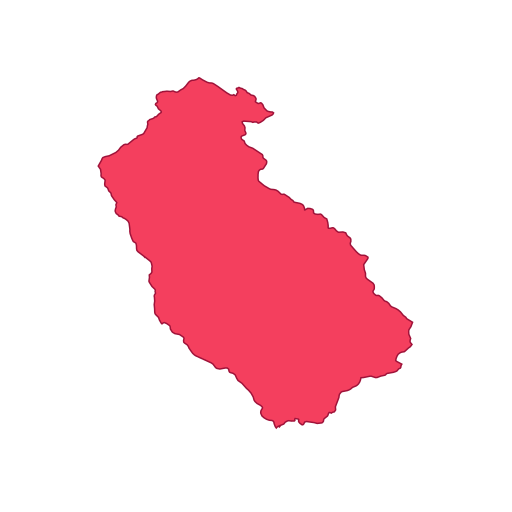 Guadalupe, Antioquia, Colombia (Natural Earth projection), rotated 123°
{"feature_id": "7082276B7072789807287", "entity_name": "Guadalupe", "entity_type": "district", "adm_level": 2, "iso_a3": "COL", "parent_name": "Colombia", "parent_adm1": "Antioquia", "projection": "natural_earth1", "projection_center": [-75.232, 6.863], "detail": "fine", "context": "isolated", "style": "filled", "palette": "rose", "viewbox_px": 512, "rotation_deg": 123, "n_neighbors": 0, "source": "geoboundaries", "source_scale": "gbopen_adm2", "svg_char_len": 6116}
<svg xmlns="http://www.w3.org/2000/svg" viewBox="0 0 512 512"><g transform="rotate(123 256 256)"><path d="M123.9,362.1L124.4,362.2L125.8,363.5L126.4,363.6L126.8,363.3L127.5,361.7L128.4,360.5L129.1,360.2L130.2,360.4L131.9,360.0L132.9,360.8L132.8,362.5L133.8,363.0L134.9,364.9L135.1,369.4L134.6,380.3L134.6,385.6L135.0,387.3L136.2,389.3L136.9,391.5L137.4,396.9L137.4,400.3L137.7,401.0L139.4,401.5L140.7,402.3L142.4,403.8L143.5,405.4L145.3,406.6L146.9,407.1L151.8,407.5L155.2,408.2L157.5,409.5L161.0,410.9L162.0,412.0L162.5,413.6L162.7,415.2L163.0,415.7L164.6,417.3L166.3,420.5L167.5,421.9L169.1,423.9L170.1,424.5L170.7,425.3L173.7,426.2L174.5,426.8L175.5,426.8L177.0,426.2L178.0,425.4L179.8,422.8L180.3,422.5L181.5,422.5L182.6,423.1L183.7,422.9L184.1,422.1L184.2,420.5L185.7,418.0L186.1,414.8L186.7,413.9L187.3,413.7L190.0,414.8L193.3,415.4L194.7,416.7L195.9,416.8L196.8,417.3L199.6,419.5L200.7,419.6L201.7,420.1L202.7,420.0L204.4,418.5L206.3,417.9L207.6,417.2L214.4,416.9L215.7,417.4L219.9,420.6L220.6,420.7L221.3,420.2L222.1,420.2L223.6,421.4L224.8,422.0L232.0,424.3L232.5,424.7L233.5,426.5L234.6,427.4L238.5,428.7L242.1,428.9L245.5,429.9L251.9,433.7L254.7,436.5L256.8,438.0L258.0,438.1L259.9,437.7L266.5,437.3L268.0,433.6L271.2,430.8L273.1,429.7L273.8,428.8L273.9,428.4L273.9,425.7L274.6,423.8L278.1,422.1L279.5,420.8L279.7,417.8L280.2,416.8L281.6,415.0L282.1,412.4L282.5,411.6L283.9,410.3L284.3,409.6L286.0,405.5L286.7,402.7L287.1,401.8L289.3,401.4L291.0,399.9L292.9,399.5L294.5,398.9L295.4,398.2L296.5,396.4L296.7,393.8L297.2,392.5L296.2,390.2L296.4,388.2L296.1,386.8L296.1,384.8L296.5,382.2L297.7,380.2L302.3,376.3L304.1,375.2L305.8,373.7L308.7,370.0L310.4,367.4L310.7,366.6L310.6,364.2L310.8,363.5L312.4,361.9L315.0,360.1L316.2,358.9L316.7,357.2L317.2,350.2L317.6,348.7L317.3,348.7L317.8,343.2L318.1,341.2L318.6,340.2L321.1,337.6L323.4,336.5L326.1,334.6L327.7,334.5L330.0,335.2L332.0,333.7L335.4,332.1L336.1,331.2L338.2,326.6L338.9,322.9L339.4,321.9L340.7,321.3L341.9,320.0L344.2,319.9L345.1,319.5L346.2,318.5L349.0,316.4L352.2,314.9L355.6,312.2L358.2,310.4L359.3,309.3L359.7,308.5L360.6,304.3L362.3,302.1L363.9,299.0L364.1,297.9L362.5,297.3L361.7,296.5L361.3,294.1L361.4,290.5L362.0,289.5L363.8,288.1L364.7,286.3L365.4,284.6L365.3,281.8L363.5,277.4L363.6,272.5L364.3,271.5L366.4,270.7L367.6,269.7L367.9,268.6L368.0,265.1L368.8,263.3L369.7,262.1L371.1,258.7L372.1,256.1L372.5,253.7L372.5,252.1L370.0,235.3L370.1,233.1L371.6,229.1L371.6,227.6L370.5,224.8L366.4,220.5L365.6,219.0L365.8,217.3L367.2,216.0L367.8,214.9L367.7,213.9L366.9,211.4L367.0,208.9L367.6,207.8L369.0,205.7L370.2,203.3L370.4,198.4L372.2,191.9L372.6,189.2L373.7,185.4L375.7,181.6L377.9,179.1L378.6,177.6L379.1,174.8L378.8,170.8L379.1,168.8L379.6,168.0L380.2,167.7L382.8,167.6L384.4,167.0L385.4,166.2L386.9,163.9L387.3,161.2L387.2,158.3L386.5,155.4L385.2,152.9L385.1,151.7L385.6,150.5L386.7,149.5L388.6,146.9L389.2,145.3L388.2,145.2L386.9,144.7L386.5,143.9L386.6,143.3L385.7,143.2L385.7,143.9L381.8,141.2L379.5,141.0L377.2,139.8L376.3,138.9L375.1,136.4L373.5,134.0L372.8,133.8L371.9,134.6L371.0,134.7L369.8,131.9L369.8,131.2L371.4,130.3L372.0,129.4L372.4,127.8L372.5,125.4L372.0,124.8L371.3,124.5L368.7,124.7L367.3,123.5L364.0,116.4L363.1,113.5L360.1,109.9L359.5,109.6L358.2,109.4L357.7,109.5L356.3,110.2L355.2,110.2L351.3,108.9L350.2,109.0L348.9,109.4L347.4,109.4L347.1,109.0L346.7,107.2L345.5,106.8L344.0,105.4L341.7,105.4L339.2,107.3L329.6,109.4L327.5,110.4L326.3,110.7L325.0,110.6L323.6,110.4L322.7,109.8L319.1,106.1L317.4,104.9L316.0,104.2L313.6,103.5L310.4,101.3L309.2,100.8L307.5,100.4L305.3,100.4L303.3,100.8L300.9,101.7L299.6,99.9L294.7,94.9L294.0,93.8L292.9,89.6L292.0,88.3L288.8,86.0L285.8,83.0L285.3,82.7L283.6,82.4L283.0,82.0L278.7,77.4L276.8,75.9L275.6,75.2L273.0,74.9L271.4,73.9L270.7,73.9L268.8,74.7L267.3,74.8L267.8,80.6L267.6,81.9L265.6,82.7L263.2,83.2L261.0,83.3L259.0,82.6L257.4,81.6L255.5,79.5L254.3,79.1L250.0,78.0L248.1,77.2L245.5,77.0L245.2,77.0L244.5,79.4L243.9,80.2L242.4,81.0L241.0,81.3L238.4,85.2L235.9,87.0L234.5,87.6L230.9,87.6L226.3,88.6L226.5,95.0L226.4,95.8L225.8,96.9L225.6,100.1L224.2,104.4L223.8,107.4L223.9,110.0L224.7,114.3L224.6,116.0L223.4,118.9L223.1,121.6L223.5,122.7L223.6,124.2L222.5,127.7L222.2,130.8L222.3,131.7L223.6,133.7L223.7,134.3L223.3,136.7L222.9,137.7L221.9,138.7L219.2,138.9L217.5,139.9L216.0,141.1L215.1,143.0L214.8,150.1L214.4,151.8L213.5,153.0L210.8,154.8L208.5,157.7L204.6,161.0L197.6,160.8L196.6,161.0L196.0,161.5L196.0,164.3L196.5,165.7L198.2,168.4L198.3,169.0L198.3,171.3L197.8,174.1L195.4,182.6L194.0,183.9L192.1,184.4L190.2,185.7L189.6,186.9L189.4,190.2L189.0,191.3L187.7,193.4L188.5,196.2L191.2,199.8L191.1,202.3L190.3,204.8L190.2,206.3L190.7,207.3L192.4,208.9L193.2,210.2L193.1,210.8L191.1,212.1L188.9,214.0L186.4,216.8L186.6,219.8L185.6,223.6L185.7,224.7L187.4,226.8L188.5,229.0L188.6,229.7L188.5,231.2L186.7,232.5L186.1,233.5L186.1,234.2L186.7,236.5L187.9,238.6L190.8,240.1L190.8,240.4L189.8,241.1L188.3,243.0L187.7,244.3L187.6,245.8L187.9,247.7L190.1,253.4L189.4,255.3L189.4,257.5L188.8,260.0L188.8,264.8L188.9,266.2L190.1,267.6L190.5,268.6L189.7,272.8L189.8,275.2L190.5,277.1L192.0,279.9L192.3,281.5L192.6,287.3L191.8,294.4L191.2,295.4L189.5,296.8L186.3,298.8L183.8,300.0L181.9,299.9L181.1,299.5L180.6,299.2L179.7,298.0L178.7,297.5L172.9,297.5L171.3,298.2L170.6,298.8L170.2,299.7L170.0,302.8L169.7,303.7L168.0,305.1L167.5,306.0L167.4,317.4L168.3,321.4L168.2,324.1L167.6,326.5L166.0,328.5L165.9,331.7L164.7,333.1L163.9,333.4L162.9,333.1L160.3,331.2L159.5,331.0L158.5,331.3L156.8,333.8L154.4,335.1L153.2,336.6L152.2,339.5L151.0,340.7L149.8,340.0L149.2,339.1L146.0,333.3L145.6,331.4L144.7,330.7L143.3,328.6L143.4,326.8L143.2,326.3L141.4,325.1L138.2,323.7L134.7,323.0L129.0,319.3L127.6,319.0L126.4,319.2L126.3,320.6L127.3,322.4L128.2,324.9L128.3,325.9L127.4,329.9L125.4,332.7L124.8,334.7L125.0,335.6L126.5,336.7L127.0,337.5L127.0,340.4L126.5,340.8L125.0,341.1L124.1,341.6L123.3,342.9L122.8,344.3L122.9,345.8L123.7,347.7L123.4,350.4L123.8,352.4L123.0,354.1L122.8,355.4L123.1,357.0L123.1,358.8L123.7,360.4L123.9,362.1Z" fill="#f43f5e" stroke="#9f1239" stroke-width="1.5"/></g></svg>